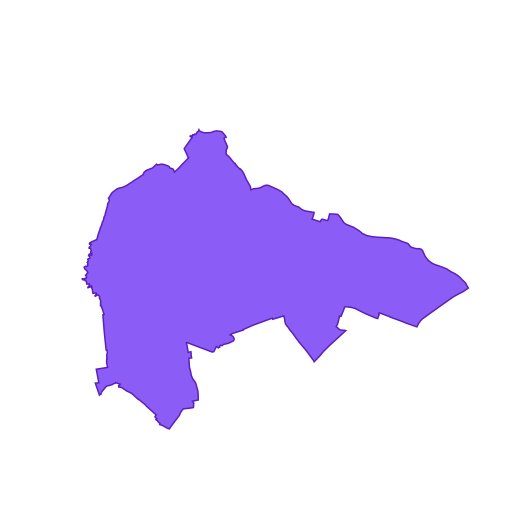 Onesti, Bacau, Romania (orthographic projection), rotated 342°
{"feature_id": "2599482B34772359254641", "entity_name": "Onesti", "entity_type": "district", "adm_level": 2, "iso_a3": "ROU", "parent_name": "Romania", "parent_adm1": "Bacau", "projection": "orthographic", "projection_center": [26.773, 46.26], "detail": "fine", "context": "isolated", "style": "filled", "palette": "violet", "viewbox_px": 512, "rotation_deg": 342, "n_neighbors": 0, "source": "geoboundaries", "source_scale": "gbopen_adm2", "svg_char_len": 6002}
<svg xmlns="http://www.w3.org/2000/svg" viewBox="0 0 512 512"><g transform="rotate(342 256 256)"><path d="M208.2,329.8L209.2,329.0L209.6,328.0L209.6,326.9L209.2,325.3L208.5,324.3L207.1,323.0L209.4,322.4L221.0,322.5L221.0,322.0L231.9,320.9L250.3,320.2L252.3,320.2L252.3,321.3L263.9,321.6L264.1,322.3L263.7,323.4L263.8,324.6L263.3,327.0L263.3,328.3L263.1,328.8L263.2,330.1L263.9,332.4L264.4,333.4L265.3,336.7L267.0,340.9L268.8,346.7L270.2,350.5L270.2,350.9L274.0,360.1L275.0,362.9L278.6,373.7L278.6,374.6L286.9,370.1L288.4,369.0L291.7,367.1L298.4,363.8L318.3,354.7L316.6,353.7L314.3,352.9L313.2,352.2L312.5,351.4L310.5,347.9L312.6,345.9L317.1,338.8L318.2,339.7L322.5,334.6L323.9,332.8L324.4,331.9L326.2,332.2L330.1,334.0L333.9,336.4L342.2,344.6L351.0,352.2L352.4,353.1L354.8,350.0L354.5,349.8L355.7,348.1L365.0,355.5L364.9,355.7L374.0,362.8L377.9,366.1L387.1,373.1L390.0,370.2L392.3,368.6L394.6,367.3L416.2,360.4L431.1,355.8L434.1,355.2L441.9,353.9L448.1,352.1L447.2,348.4L447.0,346.4L444.8,342.4L443.6,339.8L441.9,337.0L440.0,334.6L436.3,330.9L433.4,327.2L429.4,323.9L422.6,318.7L420.5,316.3L418.8,313.8L417.6,311.2L416.7,308.2L416.1,302.4L415.3,300.7L413.4,299.4L411.3,298.8L409.1,297.6L406.6,295.8L405.5,294.4L405.0,292.6L404.5,291.4L403.2,290.1L399.3,287.3L397.4,285.4L393.4,282.6L390.2,280.8L388.5,280.0L377.2,275.6L372.6,273.6L367.8,270.9L363.9,267.2L362.1,264.1L357.7,258.9L351.4,253.6L349.9,251.5L348.2,245.5L346.7,241.8L344.9,240.9L339.0,238.7L335.7,243.9L334.9,244.3L334.6,244.2L330.3,241.4L329.6,241.5L327.6,243.2L320.8,238.3L324.0,234.0L324.7,232.5L316.7,228.3L314.8,226.8L313.3,225.1L311.9,222.8L309.3,220.8L307.6,219.2L306.2,217.2L304.6,211.2L303.7,208.9L301.5,205.3L300.4,203.0L297.1,199.4L289.9,192.9L288.5,192.1L286.8,191.7L284.4,191.8L282.1,192.3L279.6,192.4L274.6,191.3L271.5,191.4L272.1,188.6L272.1,187.9L270.5,180.5L269.9,174.0L269.2,170.9L268.9,170.7L268.8,170.1L268.1,168.4L267.6,168.5L266.5,166.3L265.9,165.5L265.8,164.6L265.4,163.5L264.6,162.5L264.8,161.7L263.6,160.0L262.8,157.7L260.8,152.6L260.3,152.0L259.0,150.0L259.4,149.4L259.5,148.3L260.1,147.2L260.5,145.6L262.0,144.6L262.7,143.0L262.5,142.3L262.5,140.9L262.0,137.0L262.0,134.4L262.5,133.8L263.7,133.8L264.2,134.0L264.3,133.7L264.2,132.9L264.0,132.2L262.6,128.6L262.1,127.5L261.3,126.7L259.8,126.1L259.2,125.7L258.3,125.5L257.6,124.9L254.9,124.5L251.0,124.6L245.5,123.1L244.7,122.7L242.5,121.2L240.8,119.4L240.7,118.3L239.5,119.7L238.2,120.0L237.7,120.3L237.0,121.5L236.6,121.6L236.1,121.5L235.5,121.1L234.9,121.6L234.3,121.4L233.8,121.6L233.2,121.1L233.0,121.3L233.2,121.6L231.9,122.5L231.9,122.0L231.6,122.0L231.2,121.5L230.4,121.7L230.7,122.3L231.8,123.5L220.9,131.7L221.0,133.3L221.2,134.2L221.6,137.5L221.8,140.7L222.3,141.6L219.4,143.3L213.4,146.4L209.2,148.8L204.4,151.0L204.5,150.2L204.4,149.8L204.2,149.7L204.1,148.4L203.8,147.4L203.0,146.7L201.6,146.1L201.4,145.7L201.0,144.0L199.4,142.5L195.9,140.0L193.9,139.3L190.8,139.1L189.8,137.9L184.7,140.3L178.8,140.6L177.4,140.9L175.9,141.6L174.7,142.5L173.9,143.7L154.1,149.1L151.0,149.4L149.2,149.4L146.8,149.1L144.7,149.2L138.9,151.2L136.7,152.8L135.4,154.1L133.5,155.4L133.8,156.9L133.5,158.2L133.2,158.7L131.9,159.6L130.8,161.0L130.5,161.9L129.7,163.2L125.4,169.7L125.3,170.2L125.1,170.7L123.9,171.5L121.4,175.6L120.8,175.7L118.5,179.1L116.5,181.3L115.3,183.2L113.4,185.5L109.7,191.1L103.5,191.8L102.0,192.1L101.3,192.9L101.4,193.3L102.3,193.2L102.7,193.7L102.9,194.1L102.5,194.2L101.9,195.2L100.3,196.0L99.6,196.8L99.8,197.2L100.7,197.5L101.0,197.8L100.9,200.2L100.5,200.5L100.2,200.6L99.9,201.6L99.4,202.4L100.6,202.7L100.5,203.2L100.1,203.7L100.0,204.4L99.3,204.2L98.2,202.8L97.8,202.8L97.6,203.4L97.1,203.5L96.8,204.0L97.6,204.9L97.6,205.3L97.3,206.0L97.3,206.6L95.5,206.9L95.0,207.2L94.9,207.4L95.1,208.1L95.1,208.5L94.9,209.1L94.3,209.2L93.5,210.0L93.8,210.3L93.9,210.6L93.5,211.7L93.1,212.1L93.2,213.0L92.2,213.7L90.7,213.1L89.1,213.5L89.2,215.5L89.9,216.3L90.1,217.0L90.7,218.2L90.8,218.5L90.7,219.1L90.9,219.8L90.8,220.1L90.0,220.3L88.9,221.3L87.9,221.5L87.8,221.9L88.5,222.9L88.5,223.2L88.3,223.6L87.9,224.0L87.5,224.7L87.3,224.9L87.1,224.6L86.6,224.5L84.8,224.5L84.1,224.0L83.7,224.0L83.6,224.3L83.7,224.7L84.0,225.1L85.3,225.8L86.8,227.6L86.6,229.4L86.3,230.4L88.0,230.8L88.3,231.1L88.9,231.2L88.9,231.5L88.7,231.8L88.1,232.2L88.0,232.8L87.8,233.2L87.5,233.5L86.4,233.7L86.3,234.2L86.6,234.3L87.1,234.1L88.4,234.4L89.4,233.9L89.9,233.3L90.2,233.4L90.4,234.3L90.2,235.1L89.8,235.7L90.0,236.2L90.0,236.7L89.4,241.2L90.0,241.4L92.1,241.5L92.5,241.8L92.7,242.2L92.6,242.6L90.5,244.2L90.5,244.4L90.8,244.6L91.3,244.6L93.5,243.9L94.8,246.2L94.5,246.9L94.0,247.5L94.5,250.4L92.8,255.1L93.4,255.2L93.3,256.0L93.5,261.0L93.4,262.2L93.5,264.5L92.2,264.6L88.2,281.4L84.4,299.1L85.2,299.3L84.7,302.0L83.5,304.1L83.0,305.5L82.7,307.4L82.7,307.6L82.3,307.6L81.0,311.0L80.4,316.1L69.1,314.3L67.3,328.1L63.9,327.2L64.1,339.8L64.6,339.5L65.2,339.7L65.9,339.5L66.6,338.2L67.5,337.4L71.2,335.1L72.4,334.2L74.0,333.5L76.8,333.9L78.2,333.8L79.7,333.9L80.6,333.5L83.3,333.5L83.6,333.1L85.6,334.8L87.2,336.0L86.4,336.5L85.3,336.9L85.1,337.1L85.0,338.3L85.8,338.5L87.7,339.7L89.1,341.5L91.0,344.1L95.2,348.1L99.7,356.0L100.0,355.8L104.8,363.4L105.3,364.8L112.0,376.5L110.3,377.5L110.2,377.8L111.3,380.1L110.3,380.6L110.6,381.3L111.2,381.9L111.4,382.0L111.8,384.0L113.0,385.4L112.3,386.5L114.8,388.4L118.4,392.3L120.2,393.7L122.8,391.6L132.9,384.6L133.8,383.9L136.4,381.1L139.5,378.9L145.2,380.1L149.6,380.8L150.1,380.1L150.7,378.0L151.3,377.1L151.3,376.5L150.7,374.5L156.6,375.1L157.9,370.8L158.9,367.1L159.0,366.3L159.4,358.3L159.1,356.9L157.9,353.2L157.6,350.3L157.6,349.0L158.0,346.8L158.2,344.3L158.3,341.4L160.5,332.6L163.3,333.0L163.7,330.0L164.1,329.1L164.5,326.9L161.7,326.7L162.8,319.7L163.0,317.0L163.5,316.9L184.5,333.7L185.5,334.0L186.2,333.9L186.7,333.6L190.3,329.8L191.7,331.8L193.4,331.4L193.4,330.6L193.8,330.2L194.6,329.9L194.9,330.3L196.0,330.8L197.2,330.2L198.2,330.1L202.7,330.5L208.2,329.8Z" fill="#8b5cf6" stroke="#5b21b6" stroke-width="1.5"/></g></svg>